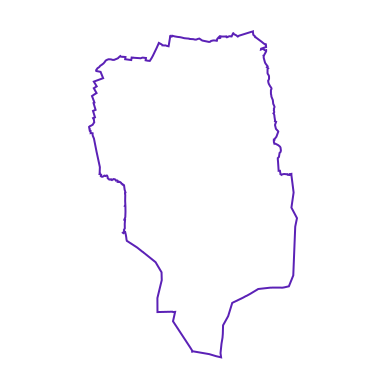 the district of Ede, Gelderland, Netherlands, rotated 93°
{"feature_id": "6326949B43393941245933", "entity_name": "Ede", "entity_type": "district", "adm_level": 2, "iso_a3": "NLD", "parent_name": "Netherlands", "parent_adm1": "Gelderland", "projection": "orthographic", "projection_center": [5.671, 52.072], "detail": "fine", "context": "isolated", "style": "outline", "palette": "violet", "viewbox_px": 384, "rotation_deg": 93, "n_neighbors": 0, "source": "geoboundaries", "source_scale": "gbopen_adm2", "svg_char_len": 5652}
<svg xmlns="http://www.w3.org/2000/svg" viewBox="0 0 384 384"><g transform="rotate(93 192 192)"><path d="M270.0,86.5L221.2,87.1L212.6,85.8L202.4,91.9L187.2,90.5L170.0,93.6L168.7,93.7L168.9,94.5L169.0,95.4L169.5,95.6L169.9,95.6L169.8,97.4L169.2,97.6L169.3,99.1L169.2,100.6L169.3,101.5L169.5,102.1L169.9,103.8L170.0,103.8L169.6,104.6L169.2,104.6L168.4,104.8L166.2,105.3L166.3,106.6L166.2,106.6L157.0,107.7L155.0,108.0L153.7,108.1L153.5,107.9L152.4,107.0L148.4,106.6L147.6,105.8L146.2,105.4L145.3,105.5L143.2,105.9L142.9,106.0L142.1,106.5L140.8,108.2L140.0,109.9L139.1,112.1L139.3,112.3L138.6,112.6L138.1,112.8L136.7,112.9L136.6,113.0L136.4,113.0L135.5,113.0L135.6,112.4L134.8,112.3L132.4,110.6L127.2,109.0L126.7,109.3L124.5,111.5L120.8,112.6L120.6,112.6L117.5,111.7L117.0,112.9L116.3,112.8L115.8,112.9L112.5,113.6L111.6,113.7L110.4,114.0L109.6,114.3L109.4,114.4L109.3,114.7L109.2,114.8L109.0,114.7L108.8,114.4L108.0,114.1L106.8,114.3L106.1,114.6L105.2,114.4L104.6,114.6L103.1,114.1L102.4,114.1L100.8,114.9L99.7,115.5L96.0,116.1L92.8,117.6L92.0,117.8L91.1,117.9L90.0,118.3L86.3,118.5L86.0,118.5L84.8,118.0L84.3,118.1L83.8,118.3L82.3,119.5L79.9,121.0L78.5,121.5L77.6,121.6L77.2,121.8L76.9,121.8L76.0,121.3L75.4,121.1L74.8,121.0L73.0,121.1L72.2,121.2L71.5,121.5L70.1,122.5L69.4,122.8L65.5,123.0L65.0,122.8L64.5,122.4L63.5,123.7L62.9,123.1L62.6,123.0L60.1,125.1L59.4,125.6L58.5,126.0L54.3,127.4L53.3,127.5L52.7,127.5L52.4,127.6L52.4,127.4L51.4,127.1L48.1,125.5L47.4,125.3L46.5,125.4L46.7,126.0L46.7,126.4L46.6,126.7L46.4,127.1L45.6,128.0L45.4,128.4L45.4,128.7L45.5,129.2L46.1,130.6L45.3,130.5L43.9,127.1L43.4,125.6L41.6,125.8L40.6,126.0L40.4,127.0L40.5,127.1L40.4,127.2L40.1,127.9L38.2,130.5L34.2,136.5L34.2,136.8L34.0,137.1L33.4,137.1L32.6,138.1L31.8,139.0L28.8,139.6L28.4,139.6L33.4,153.1L33.6,153.5L34.4,154.4L34.3,154.6L33.4,155.7L32.4,157.8L32.3,158.2L31.9,158.6L31.3,159.0L31.4,159.3L34.6,160.6L34.6,161.5L34.4,162.0L34.6,163.2L34.9,163.6L35.3,164.5L35.7,165.3L35.6,165.5L35.3,165.4L34.8,165.7L35.0,167.4L35.2,170.2L34.9,172.3L35.0,172.4L35.6,171.5L35.9,171.6L36.2,172.0L36.7,171.9L36.8,172.1L36.7,172.4L36.9,172.7L36.9,172.8L36.4,173.7L36.6,173.9L37.0,174.1L37.5,174.6L37.9,174.7L38.3,175.0L38.7,174.9L39.0,175.0L39.4,175.0L39.7,175.1L39.5,176.8L39.5,178.3L39.6,179.0L39.9,179.9L40.1,180.8L40.8,181.5L41.1,182.0L41.2,182.9L41.2,183.2L40.2,189.7L38.4,192.7L38.7,193.8L39.6,195.9L39.6,197.3L39.3,198.8L39.3,202.1L39.2,202.8L39.0,203.0L38.9,206.0L38.8,207.8L38.3,210.3L38.0,212.2L37.9,214.1L37.8,215.1L37.5,217.5L37.0,219.9L37.7,220.1L37.9,220.4L37.2,221.8L37.3,221.9L37.5,221.9L37.6,222.0L39.6,222.1L46.9,222.9L47.7,223.0L47.4,224.8L47.0,226.1L47.0,226.6L47.1,226.8L47.0,226.7L47.1,227.0L47.1,227.6L47.1,229.1L46.9,229.1L46.0,230.4L45.9,230.8L45.7,231.1L44.9,232.8L45.5,233.0L45.4,233.1L45.7,233.2L49.9,234.8L58.0,238.2L60.5,239.4L63.3,241.0L63.2,243.2L62.9,245.2L60.6,245.0L60.4,247.8L60.4,248.4L60.5,248.8L61.0,249.9L61.1,250.3L61.2,250.7L61.1,251.2L61.0,257.0L61.0,258.2L60.9,258.2L60.9,258.7L61.0,258.7L60.9,259.3L63.4,259.6L62.9,265.7L60.7,265.5L60.6,267.6L60.7,267.9L60.6,268.0L60.6,270.1L60.3,270.4L60.0,270.7L61.7,272.5L62.1,272.7L62.5,273.3L62.7,273.7L63.5,275.4L64.1,276.6L64.2,277.5L64.2,278.2L64.1,278.7L63.8,279.8L63.8,280.3L63.8,281.0L63.8,281.4L63.8,282.3L64.0,282.7L64.3,283.5L64.8,284.3L65.0,284.7L65.6,285.3L66.4,285.7L68.5,287.3L69.0,288.1L69.5,288.5L70.7,290.2L72.1,291.2L73.0,292.4L73.3,292.8L74.1,293.3L74.9,293.9L75.7,294.1L76.2,293.9L76.8,289.6L83.0,286.7L86.9,295.8L91.5,292.7L93.5,295.5L98.2,292.5L99.5,294.4L101.1,296.5L101.4,296.9L107.8,294.1L108.3,295.0L115.0,292.6L116.2,295.1L122.5,292.8L123.4,294.7L123.6,294.6L123.5,294.2L123.4,294.0L127.7,293.3L128.3,293.8L129.9,294.6L130.1,294.8L131.1,296.4L131.6,297.4L132.4,298.2L134.9,297.6L134.8,297.4L136.3,297.2L136.3,296.5L138.4,296.3L138.3,296.1L138.4,295.1L138.6,294.3L139.4,294.4L141.1,294.0L143.8,292.7L156.5,289.5L172.0,285.3L177.9,285.2L178.0,285.0L178.9,285.3L179.3,283.9L179.6,283.6L180.2,283.7L180.9,283.9L181.2,283.4L181.4,283.2L181.5,282.4L181.3,282.1L181.1,281.4L180.7,281.0L180.2,280.4L180.2,280.2L180.3,279.8L180.6,279.5L180.6,279.2L180.0,278.1L180.0,277.8L180.2,277.6L181.2,277.1L181.7,277.0L182.3,277.0L182.8,276.8L182.9,276.7L183.1,276.0L183.8,275.5L183.9,275.3L183.9,274.1L183.5,273.6L183.6,273.2L184.0,273.0L184.2,272.9L184.3,272.6L184.2,272.5L183.6,271.7L183.6,271.4L183.2,271.0L183.3,270.1L183.6,269.2L184.0,269.0L184.2,268.8L184.4,268.7L184.6,268.6L184.4,267.5L184.4,267.2L184.6,266.9L184.8,266.7L185.5,266.8L185.8,266.8L185.8,266.6L185.8,266.2L185.9,265.5L185.9,265.3L185.6,264.9L185.7,264.6L186.2,263.8L186.5,263.3L186.8,263.1L187.2,263.0L187.4,262.8L187.5,262.6L187.6,262.0L187.8,261.8L188.2,261.7L188.3,261.1L188.8,260.9L188.9,260.6L188.9,260.2L193.2,259.4L196.0,258.4L196.2,258.8L197.4,258.8L198.3,258.5L204.3,258.3L209.3,257.8L209.2,258.3L209.5,258.4L209.7,257.8L210.6,257.7L215.2,257.4L220.2,257.3L220.6,257.3L223.1,258.1L223.1,257.4L227.4,257.5L231.8,257.2L233.5,258.0L234.9,257.6L235.2,257.8L236.3,258.9L236.7,258.3L235.3,256.9L235.3,256.7L238.4,255.8L240.7,255.3L243.0,254.9L244.2,254.5L250.3,243.9L254.3,238.3L254.5,237.8L254.8,237.5L264.0,224.7L273.8,218.2L281.6,217.6L299.7,221.0L313.7,220.2L312.6,205.7L312.6,205.1L312.9,204.6L312.6,202.6L322.1,204.2L347.3,185.7L350.6,183.4L351.4,183.5L351.4,183.3L351.0,183.1L353.0,166.3L354.7,159.3L355.6,154.3L351.4,155.1L341.9,154.6L336.7,154.0L335.7,153.9L332.1,153.8L323.5,154.0L314.1,149.4L300.6,146.0L294.8,135.4L293.1,132.7L293.0,132.3L290.5,128.3L285.4,120.8L283.4,108.6L283.0,101.6L282.9,99.7L282.8,96.7L282.4,94.8L281.1,90.3L270.0,86.5Z" fill="none" stroke="#5b21b6" stroke-width="2"/></g></svg>